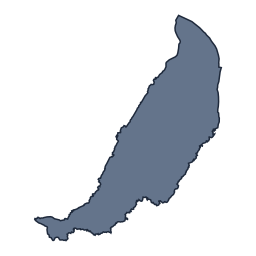 Oiapoque, Amapá, Brazil (orthographic projection)
{"feature_id": "56859067B61073882793366", "entity_name": "Oiapoque", "entity_type": "district", "adm_level": 2, "iso_a3": "BRA", "parent_name": "Brazil", "parent_adm1": "Amapá", "projection": "orthographic", "projection_center": [-52.103, 3.225], "detail": "fine", "context": "isolated", "style": "filled", "palette": "slate", "viewbox_px": 256, "rotation_deg": 0, "n_neighbors": 0, "source": "geoboundaries", "source_scale": "gbopen_adm2", "svg_char_len": 5911}
<svg xmlns="http://www.w3.org/2000/svg" viewBox="0 0 256 256"><path d="M145.0,197.5L145.9,197.0L147.5,198.0L146.7,198.8L147.3,200.0L148.2,199.1L150.6,199.7L151.4,202.4L152.2,202.5L152.3,202.9L152.8,203.0L153.2,202.6L154.5,204.4L156.1,204.3L156.4,205.4L156.7,205.7L158.6,205.0L159.0,204.0L159.9,203.5L159.5,202.0L158.9,201.7L158.8,201.1L160.3,200.8L162.7,202.9L164.0,202.5L164.3,201.8L164.8,201.6L166.1,202.4L167.2,202.1L168.5,200.3L168.5,199.6L169.1,199.0L169.1,198.4L170.4,197.6L171.5,196.0L173.5,194.4L174.6,191.9L174.2,191.4L174.7,189.6L176.0,188.7L176.7,188.9L177.3,188.6L178.0,187.7L178.5,185.7L177.0,184.1L177.5,183.9L177.6,183.1L178.0,182.7L178.3,181.4L178.9,181.4L179.5,180.1L181.5,178.5L181.5,177.7L182.0,177.2L181.8,177.0L183.2,176.2L183.7,175.4L185.4,174.1L185.7,172.4L186.0,172.3L186.3,171.6L186.2,171.2L188.0,168.8L188.2,167.3L189.0,167.0L188.7,166.2L189.2,165.6L189.1,165.0L188.5,163.3L192.1,162.0L192.9,161.2L192.9,160.7L194.0,160.5L194.1,160.2L193.4,159.9L193.6,159.3L194.8,159.3L196.3,157.9L196.0,156.3L197.3,155.4L196.9,154.9L196.9,154.1L196.2,154.0L196.0,153.4L197.5,152.6L197.7,151.6L199.4,149.5L199.3,148.7L200.2,147.6L200.3,146.9L200.3,146.7L199.7,146.7L199.6,145.9L200.2,145.8L200.5,145.4L202.3,146.1L202.4,145.7L201.5,145.2L201.5,144.8L203.0,143.3L205.0,142.8L206.1,142.1L206.3,141.0L206.6,140.9L207.5,141.7L207.9,141.0L208.6,140.8L209.4,139.2L209.1,137.4L209.2,137.0L211.3,137.6L212.1,137.3L213.1,136.3L213.7,135.2L214.4,134.6L214.6,134.0L213.6,134.6L213.0,134.6L213.1,133.3L212.6,132.9L213.0,132.1L212.3,131.3L213.5,129.9L213.3,129.3L213.5,129.2L214.0,129.7L214.3,130.9L215.3,130.0L214.8,129.3L214.8,129.0L217.8,127.7L218.3,124.2L219.2,121.9L219.3,118.0L218.8,116.8L218.6,113.0L217.7,112.1L217.8,109.2L218.3,106.3L218.6,101.7L218.5,96.9L218.1,92.6L217.1,89.4L217.6,87.4L217.7,84.9L218.8,81.6L220.1,71.9L221.3,67.6L218.8,67.1L218.9,63.7L218.7,63.3L219.1,58.8L218.4,55.2L216.6,49.0L215.0,45.9L211.4,41.1L209.6,38.0L206.5,35.0L205.4,33.3L203.7,32.0L199.9,28.0L191.9,21.6L178.6,15.4L175.8,20.2L176.3,22.9L175.4,25.4L175.0,27.9L175.2,30.8L175.9,32.8L177.6,36.6L179.9,40.2L180.3,41.6L180.0,42.9L179.2,43.7L178.9,44.5L178.6,48.3L177.8,53.0L177.0,55.3L175.4,56.8L169.3,59.8L166.4,62.3L166.0,63.2L166.0,66.8L164.7,69.7L163.7,70.8L162.6,71.4L162.4,72.4L159.6,74.6L158.0,77.3L157.1,77.4L156.6,78.0L155.5,77.6L155.3,78.2L155.8,78.3L156.0,78.8L154.9,79.3L154.1,79.2L153.8,79.5L153.4,80.4L154.2,82.3L153.7,84.3L152.6,84.6L151.1,84.4L150.6,85.1L149.4,85.9L148.7,88.0L148.1,88.7L148.1,90.4L147.5,91.4L147.9,92.7L145.1,95.9L141.5,102.2L140.8,102.3L140.5,102.7L140.7,103.5L138.8,105.8L138.6,107.2L137.4,108.2L136.9,109.7L132.9,116.6L132.0,117.6L131.5,118.9L130.6,119.7L130.1,120.9L130.2,121.7L129.1,122.7L126.3,126.8L125.7,126.9L125.1,125.9L124.0,125.6L123.8,126.2L122.9,127.1L121.3,127.9L120.4,130.5L120.7,132.0L120.5,132.6L119.6,132.4L118.9,132.8L117.9,132.8L117.9,133.5L117.1,135.0L117.8,135.8L117.6,136.0L116.5,135.8L116.0,136.8L116.4,137.2L117.2,137.2L116.7,138.3L116.7,139.4L118.2,140.7L118.3,141.3L116.7,144.0L116.0,145.7L115.2,146.3L114.8,148.0L114.4,148.6L114.6,149.4L113.5,151.9L112.5,152.6L112.7,153.3L112.3,154.2L112.8,154.9L113.7,154.8L113.8,155.2L112.4,156.8L111.7,156.8L111.5,156.6L111.0,157.1L109.9,157.4L106.9,163.4L105.5,165.8L105.0,167.3L105.2,168.4L104.7,168.8L104.9,169.4L104.6,170.3L103.2,172.1L102.4,174.3L101.5,175.2L100.5,178.3L99.4,178.2L98.7,178.6L98.2,179.4L99.4,180.9L98.7,181.8L100.3,183.0L100.7,184.3L99.8,185.8L99.8,186.6L98.8,186.2L97.7,187.3L98.3,188.9L98.7,189.0L98.5,189.9L97.4,190.3L95.4,192.2L94.8,193.7L92.6,194.0L92.5,195.0L93.4,195.8L92.9,196.4L91.1,196.6L90.3,197.6L90.4,198.6L89.2,200.4L89.5,201.0L88.9,202.7L88.0,203.2L87.3,203.0L86.4,203.3L84.7,204.1L84.0,204.7L84.0,205.4L79.4,207.4L78.9,207.9L78.7,207.7L77.3,208.8L75.2,209.6L73.2,210.0L73.0,210.3L73.4,210.8L73.2,210.9L71.7,210.9L71.8,211.5L72.2,211.9L72.0,212.3L70.5,212.8L70.1,214.5L69.2,214.6L69.2,216.2L68.7,216.5L67.6,219.1L65.1,218.5L64.6,218.9L64.6,219.6L64.3,219.9L60.3,220.7L59.3,219.9L54.6,218.8L52.2,217.1L50.5,216.7L47.1,216.9L43.8,217.6L43.0,218.0L40.9,218.0L40.3,218.5L39.9,218.5L38.7,217.5L37.9,217.3L37.5,218.1L36.8,218.2L36.3,218.9L35.0,218.5L34.7,219.2L35.5,220.5L38.7,222.9L41.4,223.8L42.4,224.5L43.7,224.9L44.6,225.8L47.0,226.7L47.4,227.5L47.0,229.7L47.6,233.9L49.0,234.9L49.4,237.2L51.2,237.7L52.6,240.2L53.1,240.5L54.0,240.2L55.0,238.0L55.5,237.6L57.0,237.2L58.4,237.5L59.7,239.8L60.8,240.0L62.3,239.8L64.0,240.4L65.5,240.0L66.0,240.6L67.9,238.7L67.3,236.3L67.7,235.6L67.3,234.7L67.6,234.8L67.6,234.2L68.4,233.1L69.0,232.7L70.8,233.4L71.3,232.3L71.7,232.0L72.9,232.6L73.4,232.4L74.2,231.0L73.9,230.5L74.1,229.7L73.5,229.8L73.4,229.4L73.5,228.8L74.2,228.2L75.7,228.2L77.1,229.3L78.1,228.9L79.0,229.1L79.6,228.8L80.3,228.8L80.6,229.6L82.9,229.2L84.2,230.1L85.8,229.8L86.1,230.0L87.2,229.5L87.4,229.6L87.0,230.8L88.4,230.6L89.2,231.6L90.0,231.0L90.3,231.1L91.3,232.7L92.8,233.4L93.5,234.7L94.2,234.8L95.1,235.3L95.3,235.0L95.0,234.4L96.2,234.0L97.3,234.1L98.0,233.7L98.2,234.5L98.6,234.7L99.1,234.3L99.9,234.3L100.7,233.4L102.3,233.0L103.1,232.0L103.4,231.9L104.4,232.3L105.4,232.1L106.5,232.4L106.9,231.9L108.4,231.6L109.3,232.3L110.3,232.3L110.9,233.0L111.2,232.2L110.7,230.6L110.9,228.8L110.5,228.6L110.6,227.9L111.5,227.0L112.5,226.8L114.3,225.1L115.0,225.0L115.8,223.1L116.5,223.3L117.1,222.2L117.6,221.9L118.9,221.7L120.6,222.0L121.4,221.7L122.3,221.8L123.2,221.5L124.8,220.8L125.3,219.0L125.7,218.6L127.5,219.4L127.6,219.0L126.9,218.1L125.3,217.8L125.6,215.7L125.1,214.4L126.1,213.6L126.8,212.4L128.0,212.8L128.9,212.3L129.4,212.8L129.8,212.7L130.3,211.1L131.1,211.3L130.8,210.1L131.4,209.1L132.9,209.4L133.7,209.0L133.5,207.7L135.2,206.6L136.0,204.8L136.5,204.4L136.0,202.9L136.2,202.2L137.1,201.7L136.6,201.3L136.5,200.9L137.0,200.4L138.6,200.6L138.9,199.6L140.5,201.0L141.8,201.2L142.6,199.9L143.1,197.1L145.0,197.5Z" fill="#64748b" stroke="#1e293b" stroke-width="1.5"/></svg>